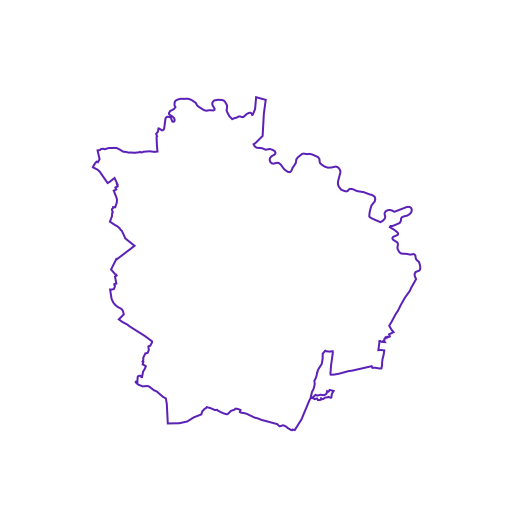 the district of Comarna, Iasi, Romania, rotated 336°
{"feature_id": "2599482B53302067046585", "entity_name": "Comarna", "entity_type": "district", "adm_level": 2, "iso_a3": "ROU", "parent_name": "Romania", "parent_adm1": "Iasi", "projection": "mercator", "projection_center": [27.796, 47.075], "detail": "fine", "context": "isolated", "style": "outline", "palette": "violet", "viewbox_px": 512, "rotation_deg": 336, "n_neighbors": 0, "source": "geoboundaries", "source_scale": "gbopen_adm2", "svg_char_len": 6113}
<svg xmlns="http://www.w3.org/2000/svg" viewBox="0 0 512 512"><g transform="rotate(336 256 256)"><path d="M393.4,337.2L395.1,335.6L399.1,335.7L400.3,335.1L401.2,333.8L402.0,331.5L402.5,327.7L401.3,325.4L401.0,324.2L401.1,322.7L401.7,320.6L401.7,319.9L401.2,318.8L400.7,318.3L397.5,317.5L394.4,315.3L390.3,313.2L389.4,312.5L388.5,310.7L388.2,307.5L388.6,305.8L390.6,302.8L390.7,301.9L390.4,300.7L387.9,297.0L387.7,295.5L388.5,294.6L389.4,294.3L393.9,294.4L394.8,293.7L395.0,293.0L394.6,291.5L393.2,288.7L390.0,284.1L391.1,283.3L392.5,284.0L394.3,284.2L400.6,284.3L402.8,282.7L403.8,280.7L404.9,280.0L407.8,280.0L410.4,280.6L413.0,280.3L414.7,279.7L416.3,278.5L417.2,276.8L417.2,275.4L416.7,274.2L415.9,273.4L413.9,272.6L400.7,271.9L400.1,271.6L398.9,269.9L397.0,268.4L394.8,267.7L392.6,267.9L391.0,269.1L390.5,270.1L390.0,272.8L388.7,274.3L386.2,275.4L383.4,275.7L377.5,269.2L375.8,267.0L375.6,265.8L377.4,262.6L379.7,259.5L382.2,256.7L386.6,254.5L387.9,252.8L388.4,251.6L388.5,250.1L386.6,247.2L385.0,246.1L380.4,241.5L374.7,237.8L371.7,234.4L369.1,232.9L367.9,233.0L366.1,233.9L364.8,233.7L363.6,232.9L361.0,230.4L360.6,229.5L359.8,226.0L360.2,223.3L361.6,220.8L367.1,214.0L367.7,212.4L367.6,210.3L367.2,209.0L366.5,207.8L365.2,206.7L361.1,205.9L357.7,204.6L355.2,202.4L353.0,199.0L352.3,197.1L352.4,196.1L353.3,193.5L353.1,191.6L352.6,190.5L348.5,186.0L346.3,184.4L344.0,183.7L341.3,181.9L339.7,181.5L334.3,182.9L332.2,184.1L330.1,187.3L325.0,190.6L323.3,192.3L321.8,193.1L320.8,193.1L319.2,192.0L317.2,188.6L316.6,186.4L315.8,182.5L314.6,180.3L313.2,179.4L309.4,178.7L308.3,178.0L307.7,177.0L307.4,176.1L307.4,174.5L307.6,173.8L308.6,172.3L310.7,171.2L314.6,170.8L315.8,169.7L315.8,168.0L314.4,165.9L312.7,164.3L311.9,163.8L308.0,162.8L305.3,159.9L300.7,157.4L299.6,155.7L299.2,153.9L299.3,152.9L301.5,152.6L310.9,149.0L321.1,129.1L328.4,117.3L320.7,111.0L314.9,121.4L310.5,125.6L309.9,125.6L310.0,124.3L309.3,123.0L307.9,122.4L305.3,122.5L301.0,123.9L299.5,123.3L298.3,122.1L297.1,121.5L294.3,121.7L292.4,121.3L289.9,121.3L288.6,117.7L288.2,113.1L288.3,111.1L290.5,107.6L290.8,106.4L290.5,103.0L290.0,101.3L289.4,100.5L288.0,99.4L284.7,97.8L281.1,96.9L279.5,97.5L278.3,98.5L277.9,99.2L277.6,100.7L278.1,104.5L277.5,105.6L276.0,105.6L272.9,103.9L269.7,103.1L267.8,101.6L264.1,96.0L263.4,94.3L263.3,91.7L260.8,87.6L259.3,85.9L257.6,84.5L253.9,83.1L251.1,81.7L247.8,81.2L245.7,81.4L244.3,82.4L243.1,84.5L242.8,85.7L243.0,87.2L240.7,88.4L236.4,88.7L234.6,90.0L234.3,91.0L234.6,91.9L236.5,94.8L237.2,96.6L237.1,98.6L236.1,99.8L235.1,99.8L234.3,99.1L234.4,95.3L233.9,94.1L231.7,92.7L230.4,92.8L229.3,93.5L224.0,102.1L223.0,103.0L221.9,103.2L221.1,102.9L219.5,100.3L218.8,99.8L217.0,102.5L214.4,103.8L214.5,105.0L214.2,106.0L214.3,106.4L213.5,107.0L213.2,107.7L210.3,115.1L208.5,120.5L205.6,119.6L201.5,117.1L195.9,115.1L193.1,114.7L192.4,113.7L190.3,113.5L188.8,112.8L187.3,112.5L186.2,111.7L185.2,111.5L184.3,110.7L181.9,109.9L179.5,108.0L177.1,106.7L174.8,103.3L172.5,100.5L165.2,97.4L161.3,97.0L160.3,96.0L158.0,95.2L156.4,95.7L154.2,95.1L152.5,103.9L149.7,106.0L148.8,105.0L146.9,105.8L144.6,107.2L143.1,108.6L146.3,112.6L147.5,115.2L150.1,129.0L152.6,128.7L158.5,127.2L158.6,134.2L158.1,134.0L157.9,136.2L155.4,136.2L155.4,138.4L152.6,138.5L152.3,145.8L151.9,148.0L150.7,150.4L147.2,154.2L145.4,153.2L145.0,154.0L143.5,154.6L143.1,155.5L143.1,157.1L142.7,158.1L142.0,158.3L140.6,161.1L136.5,165.2L139.8,170.4L141.3,172.3L142.7,175.2L143.0,177.1L143.6,178.3L143.8,183.4L143.7,186.7L149.2,197.3L127.1,202.5L127.0,202.1L118.1,209.4L120.2,216.2L120.6,216.2L120.7,217.2L118.8,217.5L117.2,224.4L115.2,224.0L114.8,224.6L115.0,226.0L114.8,226.3L112.7,228.4L110.3,227.9L109.1,227.3L106.6,236.5L106.7,240.4L107.4,243.2L108.8,246.1L111.3,249.3L111.9,250.6L112.0,252.4L111.5,255.5L104.9,258.1L107.1,261.9L110.7,266.5L111.7,268.6L122.0,284.0L126.3,291.6L126.0,292.5L122.9,295.0L121.1,294.7L120.8,295.0L119.9,298.2L117.7,300.4L115.2,300.0L111.6,303.1L110.8,305.1L109.4,306.3L110.0,307.0L108.4,308.9L110.5,311.7L110.4,312.1L108.2,314.1L105.9,315.6L102.6,320.3L102.0,320.0L102.2,319.0L101.7,318.4L100.3,317.9L99.1,318.0L98.5,318.7L96.4,322.8L95.4,321.9L94.8,322.2L94.8,322.7L95.2,323.3L95.6,324.7L96.6,326.1L99.4,329.0L104.1,330.7L105.4,332.0L108.1,337.0L110.3,339.5L113.7,346.8L115.7,349.5L114.3,355.0L107.3,373.1L117.9,377.6L125.9,379.2L133.6,378.1L141.6,378.5L143.8,376.0L147.0,374.7L148.3,374.7L149.6,374.0L150.5,374.9L152.2,376.1L155.9,380.1L157.9,380.7L158.2,381.6L159.8,383.7L162.3,386.5L164.9,388.7L165.8,388.9L170.2,387.3L173.7,387.7L175.1,387.1L177.1,388.2L179.2,390.4L177.8,392.0L178.6,393.0L182.1,395.3L183.7,396.8L189.2,403.3L191.3,404.8L194.2,407.8L207.1,418.3L207.8,420.3L208.5,421.3L211.7,421.6L212.3,422.0L214.2,424.2L214.9,425.9L217.2,429.1L218.0,429.8L218.8,429.4L220.6,430.8L231.3,423.6L245.5,410.1L248.2,407.9L249.6,408.7L250.2,408.5L251.3,410.6L253.7,410.9L253.9,411.7L253.9,412.7L255.1,413.3L256.6,413.7L257.6,412.5L258.4,413.8L259.3,414.0L261.4,413.5L264.3,414.3L264.8,414.1L266.1,415.5L267.0,416.0L267.4,415.8L269.1,412.9L272.0,410.9L268.8,408.3L267.2,409.4L266.7,409.4L266.0,408.4L264.5,410.4L262.2,410.9L260.5,410.4L258.6,409.0L255.3,408.5L254.0,407.1L250.0,408.3L248.4,407.5L252.0,402.8L254.3,401.1L256.1,398.9L257.6,396.8L258.6,393.7L260.9,391.9L263.0,389.5L264.3,387.4L265.0,387.1L265.3,386.3L267.1,384.7L272.2,381.3L275.1,376.9L277.2,372.4L280.7,370.7L281.4,371.6L284.4,373.3L287.3,374.2L286.8,375.7L280.1,386.4L276.1,393.8L275.9,394.7L276.1,394.9L279.4,396.2L284.6,397.4L293.8,398.8L297.0,399.8L316.8,403.7L316.8,405.5L319.4,406.5L323.2,409.1L324.8,409.7L326.6,407.3L328.0,404.4L329.6,401.7L332.4,398.2L334.8,394.4L331.7,392.6L329.5,391.8L333.8,384.8L334.0,384.0L334.8,384.0L335.8,385.5L337.0,385.7L337.1,386.3L338.7,387.1L338.4,385.3L338.9,385.3L339.5,384.1L340.3,383.9L341.1,383.0L341.6,382.9L342.1,384.0L343.1,383.2L344.1,384.0L345.5,384.0L345.7,381.7L350.7,381.5L349.9,378.8L349.3,374.0L349.8,373.5L352.4,371.8L360.1,365.8L363.6,363.6L368.5,359.5L375.3,354.5L382.4,350.4L384.5,348.4L392.9,342.2L392.8,341.0L393.0,338.5L393.4,337.2Z" fill="none" stroke="#5b21b6" stroke-width="2"/></g></svg>